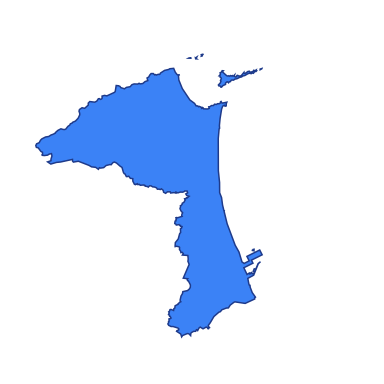 Mueang Rayong, Rayong, Thailand (Robinson projection), rotated 243°
{"feature_id": "78962969B69039752575534", "entity_name": "Mueang Rayong", "entity_type": "district", "adm_level": 2, "iso_a3": "THA", "parent_name": "Thailand", "parent_adm1": "Rayong", "projection": "robinson", "projection_center": [101.334, 12.691], "detail": "fine", "context": "isolated", "style": "filled", "palette": "blue", "viewbox_px": 384, "rotation_deg": 243, "n_neighbors": 0, "source": "geoboundaries", "source_scale": "gbopen_adm2", "svg_char_len": 6053}
<svg xmlns="http://www.w3.org/2000/svg" viewBox="0 0 384 384"><g transform="rotate(243 192 192)"><path d="M69.5,200.8L75.0,200.0L80.7,200.6L82.5,201.3L82.8,200.8L84.2,200.9L89.7,202.5L89.9,209.2L98.0,218.5L98.8,221.4L98.2,218.4L94.3,213.8L95.3,212.6L93.6,210.6L92.6,211.6L91.5,210.4L91.8,208.6L93.2,208.6L93.2,207.4L92.7,207.1L92.7,206.3L93.8,206.3L93.5,203.6L101.0,203.8L100.9,214.0L104.3,214.0L104.2,226.0L109.6,226.0L109.7,211.7L104.7,211.7L104.7,206.0L107.0,204.8L117.2,206.6L125.0,206.3L147.8,208.9L160.1,211.8L160.7,212.3L161.1,212.0L166.5,213.3L173.6,215.8L178.8,216.3L188.0,220.9L198.9,225.1L227.8,239.7L235.9,244.8L236.2,245.5L238.8,246.6L244.6,250.3L252.4,256.0L254.1,257.8L254.7,259.0L254.5,260.3L253.4,260.4L253.2,261.6L255.1,262.6L256.2,263.8L257.4,259.5L257.8,259.1L259.5,259.0L259.4,258.3L258.4,257.7L258.3,256.4L259.1,254.8L258.9,253.6L260.0,251.9L259.3,250.4L260.2,248.6L259.9,246.8L260.3,245.6L258.7,245.3L258.9,243.5L260.9,240.0L261.7,240.1L261.9,239.3L262.2,239.9L262.9,239.4L262.6,238.7L264.0,238.2L265.2,237.1L265.0,236.6L266.5,235.7L266.8,234.8L269.8,234.5L275.0,231.9L288.5,230.3L297.7,231.1L302.0,232.8L302.1,234.3L302.8,232.4L303.5,232.0L306.3,231.5L310.5,231.8L311.9,228.2L311.8,226.8L312.8,222.8L312.3,217.9L311.6,217.0L311.6,216.1L312.2,215.4L312.4,213.3L313.2,212.8L313.3,211.9L315.1,211.3L316.1,209.3L315.4,207.5L314.1,205.6L314.0,203.7L311.3,203.2L311.7,200.3L311.0,197.4L311.9,194.8L312.9,194.2L312.8,192.7L314.6,189.4L314.9,187.2L313.9,184.7L315.0,181.0L314.6,178.7L317.4,175.9L318.7,175.8L320.0,174.8L321.3,172.8L316.4,169.2L316.0,168.2L316.3,159.8L317.8,157.9L318.3,155.4L316.4,154.5L316.0,153.8L316.0,152.6L317.3,151.8L317.6,150.9L316.2,148.4L316.2,146.1L319.0,142.0L318.3,139.9L316.5,139.0L315.3,134.3L317.0,132.3L316.6,129.2L315.3,128.0L313.2,127.7L311.7,127.0L309.4,124.0L308.1,120.3L308.3,117.3L307.8,116.2L308.0,114.6L307.1,113.4L306.8,111.2L305.4,108.2L305.4,107.1L306.2,105.6L307.8,103.9L307.8,100.5L307.0,97.3L306.5,97.0L306.5,94.5L306.8,92.2L306.5,89.6L307.5,86.5L307.5,82.3L306.9,80.5L305.3,78.2L305.5,75.4L304.3,73.9L302.4,73.6L301.2,75.0L296.7,75.8L295.3,76.8L293.6,76.1L293.2,75.2L292.7,75.2L291.5,77.0L290.4,80.1L290.6,81.9L290.0,84.2L287.7,83.6L285.2,81.2L283.9,80.6L284.4,77.0L281.0,78.9L279.9,84.7L278.4,88.5L275.3,100.3L273.7,99.6L272.5,99.9L271.0,104.7L262.5,112.3L260.0,113.9L257.7,117.4L254.7,118.9L255.7,120.5L254.8,121.4L253.8,124.4L254.6,127.5L253.7,131.4L253.0,132.3L254.1,134.9L253.9,136.5L252.1,137.9L247.6,139.7L245.7,140.8L240.7,139.8L239.2,139.9L238.5,140.5L235.6,140.5L235.2,141.0L234.8,142.8L232.1,143.3L230.8,145.3L228.5,144.2L225.0,144.2L224.2,145.0L224.5,145.8L224.1,146.0L224.1,147.2L223.2,147.1L222.6,148.7L221.5,148.9L220.1,152.4L219.5,152.4L219.0,153.2L218.4,153.0L217.1,154.8L216.2,155.2L216.8,156.9L216.1,158.3L214.4,159.3L213.5,160.8L211.8,162.3L210.2,162.4L209.5,164.0L208.6,164.8L208.7,166.2L206.5,167.1L204.7,166.6L202.8,167.9L203.3,170.2L202.0,172.7L200.8,172.5L199.6,175.8L198.3,177.2L199.2,177.7L197.6,179.0L197.3,181.4L196.1,183.6L195.9,185.0L196.2,186.0L195.0,188.1L193.2,187.7L193.1,185.6L191.3,185.7L189.5,187.5L188.9,185.0L189.4,184.4L188.9,183.7L189.3,182.3L187.9,182.2L186.5,180.1L186.4,178.2L185.5,177.6L185.0,176.4L185.0,175.4L184.2,175.2L182.6,173.7L180.2,173.6L177.7,174.2L176.8,172.9L175.4,172.0L174.8,172.1L175.7,166.8L176.2,166.8L176.4,166.0L174.7,165.6L174.5,165.0L173.6,164.7L173.8,163.9L173.2,163.3L171.7,162.3L170.7,163.0L169.7,163.0L168.8,165.7L167.8,165.9L167.4,166.6L166.5,166.2L165.7,167.4L164.5,166.2L164.5,165.0L161.1,163.5L160.5,162.1L156.4,158.4L154.5,154.2L151.5,152.4L151.0,152.2L150.7,153.6L149.0,155.6L148.3,155.8L146.4,154.7L144.6,155.0L143.0,154.6L142.8,155.8L141.1,156.3L140.2,154.8L137.3,159.5L134.0,158.2L132.1,156.9L128.8,156.6L119.2,145.1L116.7,148.7L116.5,148.0L115.0,147.8L114.5,148.4L109.9,148.4L107.8,147.2L106.7,145.4L106.2,143.2L107.4,138.6L105.8,137.4L104.3,135.0L101.3,132.5L100.2,132.0L99.3,132.2L99.3,130.9L98.6,128.6L98.3,128.6L98.3,125.3L96.4,124.0L96.3,122.9L94.8,121.8L96.9,120.0L97.2,119.0L96.1,118.0L95.8,116.8L94.7,116.9L93.4,115.4L92.4,116.0L91.4,115.6L90.9,116.1L89.2,116.1L89.0,115.3L89.4,113.9L87.3,112.9L87.1,112.2L86.4,112.0L85.4,110.6L83.8,110.7L81.6,112.3L80.7,114.1L77.3,117.6L76.3,118.1L75.2,117.6L75.3,115.6L74.9,115.0L70.6,117.5L67.6,117.0L68.4,118.5L68.0,123.5L67.2,124.8L64.7,125.6L66.5,126.7L67.0,127.6L67.1,130.2L66.2,132.0L67.3,133.5L67.0,134.0L66.0,134.2L67.6,136.4L67.9,138.0L65.1,139.7L65.2,143.1L64.8,143.9L62.9,144.2L62.7,144.6L63.2,145.1L63.2,146.0L64.6,145.7L65.8,146.0L67.1,148.7L71.1,155.0L72.7,161.4L72.5,163.0L73.5,165.1L73.0,169.9L72.2,171.8L73.9,174.8L74.7,179.4L74.6,180.4L68.6,188.8L68.2,199.3L69.3,199.8L69.5,200.8ZM275.4,264.1L274.5,264.0L273.2,265.6L272.4,265.3L272.0,265.9L272.8,268.0L272.6,270.7L273.8,271.3L274.3,272.9L274.0,273.7L272.7,274.1L273.3,275.4L272.9,276.4L273.7,277.4L273.7,278.2L272.8,279.9L273.1,281.4L272.5,283.5L272.5,286.6L272.0,288.5L272.3,289.8L271.8,292.0L272.0,295.7L271.5,297.8L270.6,298.3L270.6,300.0L269.9,300.6L270.8,302.5L270.3,303.8L270.6,304.5L271.0,303.9L271.6,304.5L271.5,303.1L271.9,302.3L272.9,302.6L271.8,301.7L272.0,299.0L272.6,298.1L273.6,297.9L274.0,296.5L273.5,293.1L274.3,292.3L275.0,292.6L273.2,288.4L274.1,286.3L275.2,285.7L275.4,284.9L274.5,284.0L274.7,283.0L276.0,282.2L277.0,283.1L276.5,281.5L276.9,280.8L277.4,280.8L277.5,279.7L278.2,279.3L278.0,278.2L278.9,277.6L278.9,276.7L279.9,275.7L284.8,273.8L285.4,273.8L285.8,274.9L286.4,274.0L285.3,272.1L285.5,271.2L283.9,270.7L283.2,269.0L282.8,269.7L281.5,269.2L280.9,269.7L279.7,269.6L278.3,267.9L277.6,268.1L276.3,266.7L275.4,264.1ZM309.5,262.5L308.8,261.9L308.6,262.9L309.3,263.4L309.7,264.8L310.2,262.6L309.5,262.5ZM112.8,221.3L113.1,220.4L112.6,219.4L112.9,218.7L111.5,220.5L112.8,221.3ZM270.0,308.2L270.1,310.2L270.3,310.4L270.6,308.5L270.0,308.2ZM309.0,255.7L308.5,256.6L309.1,256.3L310.1,257.6L310.0,256.7L309.3,256.1L309.7,255.9L309.0,255.7ZM312.2,251.8L312.8,250.2L312.8,249.7L311.8,251.5L311.8,251.9L312.2,251.8Z" fill="#3b82f6" stroke="#1e3a8a" stroke-width="1.5"/></g></svg>